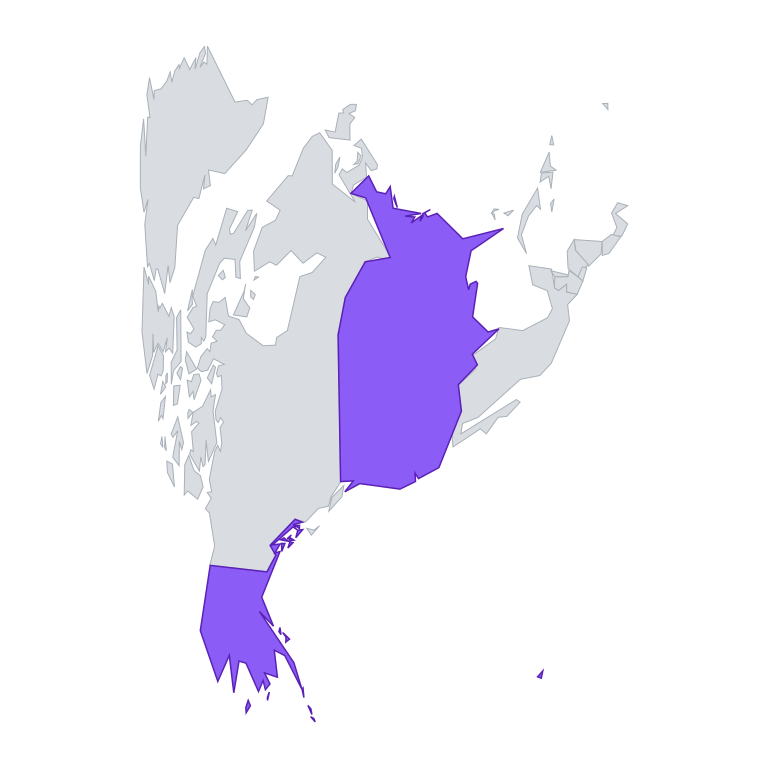 location of United States of America within North America, rotated 270°
{"feature_id": "USA", "entity_name": "United States of America", "entity_type": "country or territory", "adm_level": 0, "iso_a3": "USA", "parent_name": "North America", "parent_adm1": "", "projection": "robinson", "projection_center": [-126.716, 45.186], "detail": "medium", "context": "in_parent", "style": "filled", "palette": "violet", "viewbox_px": 768, "rotation_deg": 270, "n_neighbors": 17, "source": "natural_earth", "source_scale": "50m", "svg_char_len": 9363}
<svg xmlns="http://www.w3.org/2000/svg" viewBox="0 0 768 768"><g transform="rotate(270 384 384)"><path d="M286.1,340.6L271.2,331.1L261.7,328.4L259.6,318.5L246.0,305.5L248.8,295.0L222.7,270.1L212.7,275.8L196.1,266.8L202.7,209.8L222.0,214.7L255.0,209.4L259.3,205.4L269.7,211.2L275.5,207.2L276.2,211.7L288.5,209.3L316.3,214.6L322.6,217.6L316.6,220.5L324.9,221.8L340.6,220.1L345.9,223.6L350.4,220.6L345.4,218.1L348.0,216.1L356.8,215.2L379.1,222.1L392.5,221.3L391.1,217.6L394.8,216.5L402.2,218.6L403.6,224.2L409.3,213.6L397.8,207.6L396.3,201.5L400.1,197.4L411.2,200.8L419.3,207.1L416.3,209.9L424.8,211.1L426.7,217.2L431.1,212.5L437.7,216.3L437.8,220.7L443.4,224.7L448.2,215.3L446.2,208.8L459.4,210.1L466.4,213.1L465.7,219.2L470.6,225.2L451.9,228.5L448.3,239.1L434.6,246.4L422.2,263.2L422.9,275.5L430.4,276.6L437.5,287.4L491.4,299.9L495.5,312.2L510.8,325.9L515.1,316.9L504.8,303.0L517.5,291.0L502.7,276.4L506.2,269.7L496.8,254.4L516.8,253.6L540.7,262.2L547.7,275.4L557.7,280.2L567.0,266.7L592.3,288.2L592.1,292.2L619.7,303.3L631.6,312.3L635.2,319.7L617.6,332.2L584.0,332.3L565.8,355.3L593.3,339.0L599.1,342.3L595.5,346.8L602.9,359.2L611.0,362.5L619.7,361.6L622.5,354.0L628.9,361.3L603.4,377.4L599.1,376.9L597.3,371.2L605.2,365.6L590.7,366.6L583.2,353.6L574.6,351.0L567.1,367.5L548.7,367.5L511.9,390.2L507.6,388.2L511.0,377.3L506.2,365.2L470.5,345.3L453.3,346.4L434.9,338.0L286.1,340.6ZM468.5,253.5L471.1,250.7L477.6,250.7L473.5,255.3L468.5,253.5ZM463.8,192.5L457.1,187.5L478.6,192.4L469.5,192.1L463.8,192.5ZM490.9,258.6L487.9,253.9L491.6,255.4L490.9,258.6ZM401.4,180.4L399.8,182.5L388.3,180.6L394.9,176.9L401.4,180.4ZM395.1,167.4L385.9,167.2L384.3,165.8L392.2,165.9L395.1,167.4ZM373.8,160.5L386.6,162.8L380.8,165.7L373.8,160.5ZM458.1,180.7L406.5,181.1L397.4,173.5L383.6,171.3L405.6,171.2L418.0,177.1L450.5,176.6L458.1,180.7ZM320.2,164.7L331.5,165.0L317.3,166.3L320.2,164.7ZM324.2,160.6L331.6,161.9L320.6,162.9L324.2,160.6ZM638.0,325.2L635.9,335.1L654.9,338.9L655.1,343.8L658.4,342.7L663.6,350.4L663.6,356.4L657.2,355.4L654.5,349.0L650.5,354.8L644.0,349.8L627.9,350.0L630.4,329.1L638.0,325.2ZM453.1,233.4L476.8,244.1L484.2,245.6L469.3,243.3L460.0,249.8L451.1,246.8L453.1,233.4ZM461.6,196.6L472.2,192.8L517.6,205.2L529.6,212.9L522.9,215.7L559.8,226.7L556.3,237.7L539.1,229.5L533.6,230.3L534.7,233.6L557.5,247.7L558.0,252.2L537.2,245.5L554.7,256.8L540.7,254.3L506.5,239.7L489.5,240.4L490.8,235.9L508.6,235.0L509.7,224.2L504.6,219.6L474.2,207.2L431.2,205.8L426.9,203.9L430.4,201.3L424.3,201.3L420.9,195.7L425.8,188.4L436.0,186.9L434.3,190.5L439.1,194.0L450.7,187.2L460.5,193.0L461.6,196.6ZM394.1,189.0L407.9,185.3L416.3,186.6L399.0,196.6L394.1,189.0ZM281.0,174.5L295.5,167.4L306.9,166.8L304.0,172.4L281.0,174.5ZM232.8,311.3L239.7,306.7L237.9,314.1L242.2,319.5L232.8,311.3ZM346.8,158.3L365.5,160.9L371.5,165.4L349.3,163.0L352.6,161.5L346.8,158.3ZM282.6,343.9L271.1,341.8L256.8,328.8L270.5,331.9L282.6,343.9ZM272.9,184.2L303.5,184.8L312.4,188.7L297.3,194.1L292.4,200.4L281.2,203.1L268.8,197.7L277.1,187.6L272.9,184.2ZM333.8,171.1L351.1,177.8L325.4,183.5L318.4,181.8L326.5,179.4L302.3,179.1L310.8,172.7L337.4,177.8L330.6,173.0L333.8,171.1ZM342.6,190.9L355.7,193.2L361.7,202.6L378.3,210.6L371.1,211.1L373.4,215.5L357.2,213.0L325.2,216.8L306.6,208.4L327.8,206.1L303.8,205.1L301.3,203.1L311.1,200.8L296.9,199.4L313.8,189.6L318.3,190.7L316.5,193.3L336.3,191.6L344.9,198.9L346.6,196.6L342.6,190.9ZM376.6,193.0L371.1,189.4L387.9,187.2L386.3,191.4L393.4,193.8L394.1,198.9L387.7,201.0L368.2,194.1L376.6,193.0ZM349.6,188.0L355.1,187.8L358.6,189.1L355.7,192.7L349.6,188.0ZM362.5,173.4L382.1,173.8L382.7,180.2L364.0,177.4L362.5,173.4ZM378.8,154.1L392.8,149.6L422.1,158.1L412.3,163.5L397.2,163.2L392.1,161.1L393.9,157.9L378.8,154.1ZM394.5,147.0L436.1,142.0L500.9,144.0L483.8,148.6L491.9,148.6L476.5,155.8L456.2,158.2L461.9,158.8L459.9,159.8L464.6,162.3L451.6,169.0L460.4,171.2L451.4,174.2L414.8,172.7L419.9,169.1L416.2,165.5L430.1,167.3L416.2,163.1L424.8,158.1L415.5,153.7L434.2,152.9L412.4,152.6L394.5,147.0ZM497.7,223.3L490.5,225.3L488.2,222.4L492.5,218.3L497.7,223.3ZM390.1,207.3L403.0,213.4L400.7,215.5L384.2,211.7L390.1,207.3ZM594.8,334.7L604.0,335.8L610.9,339.9L600.8,337.9L594.8,334.7ZM603.6,353.8L606.6,357.1L615.7,357.8L612.1,361.0L604.3,358.1L603.6,353.8Z" fill="#d9dde1" stroke="#a8b0b8" stroke-width="1"/><path d="M595.0,541.5L595.9,553.0L579.2,551.0L591.8,548.7L586.0,540.1L595.0,541.5Z" fill="#d9dde1" stroke="#a8b0b8" stroke-width="1"/><path d="M597.9,556.1L595.6,540.3L615.9,549.1L601.9,550.4L597.9,556.1Z" fill="#d9dde1" stroke="#a8b0b8" stroke-width="1"/><path d="M548.0,495.2L553.9,492.3L554.3,494.1L548.0,495.2ZM554.1,491.0L559.1,494.1L558.6,499.0L557.1,494.5L554.1,491.0ZM552.2,508.0L554.9,503.9L557.9,513.6L552.2,508.0Z" fill="#d9dde1" stroke="#a8b0b8" stroke-width="1"/><path d="M555.7,144.0L580.4,140.3L621.8,140.4L649.2,143.6L612.1,145.8L650.9,147.7L650.5,150.0L673.0,146.9L690.3,149.5L668.4,154.0L677.4,154.2L679.2,161.1L686.9,166.8L696.1,170.1L685.7,171.9L696.7,174.6L703.4,179.0L699.6,179.4L710.2,184.2L698.5,189.7L710.3,195.9L698.8,195.1L715.1,199.9L721.4,204.4L714.8,205.5L700.7,200.1L705.9,203.9L703.8,206.9L721.9,207.4L665.9,235.0L667.7,247.1L663.2,252.1L668.3,256.9L670.8,268.1L644.2,263.4L618.1,246.2L594.4,224.8L598.0,208.5L582.4,210.4L579.2,203.5L593.1,204.9L569.5,198.9L570.6,193.7L542.8,177.6L500.5,174.8L485.4,170.0L502.5,168.1L474.4,164.7L498.9,157.8L498.9,156.0L487.4,154.3L504.6,149.4L501.3,147.5L543.4,144.8L568.6,148.0L555.7,144.0Z" fill="#d9dde1" stroke="#a8b0b8" stroke-width="1"/><path d="M321.1,453.0L335.0,451.8L356.9,461.3L383.0,458.4L399.0,475.6L412.2,472.1L429.1,495.6L440.5,499.0L437.4,522.7L450.3,547.6L459.4,552.4L477.3,547.3L483.2,532.7L502.3,528.9L498.9,551.6L480.1,554.6L477.5,558.5L483.9,566.7L476.1,566.7L473.7,577.2L463.4,567.6L447.3,569.5L404.8,551.3L392.5,539.9L388.7,520.4L350.5,477.8L344.5,462.5L334.1,460.9L368.4,516.3L365.9,520.1L351.7,506.9L350.7,498.1L334.1,486.3L339.2,480.4L321.1,453.0Z" fill="#d9dde1" stroke="#a8b0b8" stroke-width="1"/><path d="M565.3,617.7L562.3,627.7L554.5,615.5L544.1,627.7L532.0,621.9L531.2,612.2L540.4,616.9L555.0,611.6L565.3,617.7Z" fill="#d9dde1" stroke="#a8b0b8" stroke-width="1"/><path d="M533.6,611.6L531.2,620.8L514.6,609.0L512.6,602.4L526.5,602.1L533.6,611.6Z" fill="#d9dde1" stroke="#a8b0b8" stroke-width="1"/><path d="M526.5,602.1L514.0,601.1L501.7,588.5L517.7,575.5L528.4,574.1L526.5,602.1Z" fill="#d9dde1" stroke="#a8b0b8" stroke-width="1"/><path d="M528.4,574.1L517.7,575.5L503.8,588.0L491.1,578.0L499.4,568.1L516.9,567.2L528.4,574.1Z" fill="#d9dde1" stroke="#a8b0b8" stroke-width="1"/><path d="M491.1,578.0L501.1,582.4L500.2,586.8L486.8,582.8L491.1,578.0Z" fill="#d9dde1" stroke="#a8b0b8" stroke-width="1"/><path d="M473.7,577.2L476.1,566.7L483.9,566.7L477.5,558.5L480.1,554.6L491.2,554.7L491.4,567.9L497.5,569.0L491.1,578.0L486.8,582.8L473.7,577.2Z" fill="#d9dde1" stroke="#a8b0b8" stroke-width="1"/><path d="M491.2,554.7L497.2,550.9L493.2,567.9L491.4,567.9L491.2,554.7Z" fill="#d9dde1" stroke="#a8b0b8" stroke-width="1"/><path d="M623.3,549.8L632.5,551.8L623.1,553.7L623.3,549.8Z" fill="#d9dde1" stroke="#a8b0b8" stroke-width="1"/><path d="M556.0,551.8L564.5,550.6L569.0,554.1L556.0,551.8Z" fill="#d9dde1" stroke="#a8b0b8" stroke-width="1"/><path d="M530.0,517.5L553.7,522.2L579.9,537.6L558.7,540.5L562.4,536.7L552.0,528.5L533.1,521.4L514.5,526.5L530.0,517.5Z" fill="#d9dde1" stroke="#a8b0b8" stroke-width="1"/><path d="M658.4,607.9L664.5,602.7L664.6,607.8L658.4,607.9Z" fill="#d9dde1" stroke="#a8b0b8" stroke-width="1"/><path d="M510.5,390.2L570.1,365.7L574.6,350.9L592.1,368.7L576.2,376.6L574.2,385.7L581.4,390.2L559.8,393.1L554.5,421.2L551.8,405.0L551.0,414.8L545.1,411.3L552.6,421.9L552.0,422.3L550.4,420.8L546.8,420.0L551.7,423.0L554.4,422.9L558.5,430.4L555.1,424.6L551.1,427.6L554.6,437.1L529.2,462.8L539.5,503.5L517.3,471.1L491.4,465.7L478.2,468.6L483.8,470.2L486.6,476.0L484.6,477.6L451.1,472.6L436.0,488.1L439.2,499.0L413.8,472.3L403.1,477.4L383.3,458.3L356.8,461.4L300.4,438.9L289.4,418.5L294.9,415.0L286.5,415.5L278.9,399.9L284.4,359.8L276.2,344.8L287.1,353.3L286.4,340.6L433.1,338.1L470.5,345.3L506.2,365.2L510.5,390.2ZM248.7,295.1L245.8,302.4L243.7,293.9L239.9,295.2L238.1,297.2L241.1,293.1L223.1,272.5L224.0,280.0L215.0,274.9L216.5,280.0L170.8,261.7L141.8,273.5L156.5,259.4L105.3,293.9L78.8,301.9L112.4,284.8L117.8,274.3L90.8,277.4L95.1,264.5L84.1,270.0L78.3,265.4L87.5,263.1L76.5,258.5L104.8,246.0L106.9,239.0L75.2,233.8L112.6,229.3L86.6,217.8L137.4,200.3L202.6,210.2L196.1,266.9L212.7,275.8L222.7,270.1L248.7,295.1ZM135.5,282.7L128.9,289.5L125.9,285.8L130.9,286.0L135.5,282.7ZM230.3,295.8L237.8,297.8L238.4,302.7L230.3,295.8ZM97.1,542.8L89.8,541.3L91.2,537.6L97.1,542.8ZM55.3,246.2L60.3,245.8L67.6,248.2L62.3,250.4L55.3,246.2ZM216.6,281.8L224.6,281.5L224.5,284.9L216.6,281.8ZM70.5,267.4L76.0,269.3L67.6,267.5L70.5,267.4ZM220.0,287.9L225.8,289.8L225.3,293.0L220.0,287.9ZM226.9,287.6L228.2,280.7L230.1,284.0L226.9,287.6ZM70.4,303.9L78.6,302.1L79.9,303.0L70.4,303.9ZM242.5,294.7L242.7,299.5L239.6,299.4L242.5,294.7ZM569.4,393.8L571.6,394.4L560.4,397.3L569.4,393.8ZM229.7,287.6L233.0,291.4L229.1,287.9L229.7,287.6ZM53.5,311.9L62.6,307.9L59.1,310.9L53.5,311.9ZM136.4,278.9L140.5,280.0L133.4,281.0L136.4,278.9ZM227.1,289.0L230.2,290.2L227.8,293.9L227.1,289.0ZM51.3,310.7L49.5,313.8L46.1,315.2L51.3,310.7Z" fill="#8b5cf6" stroke="#5b21b6" stroke-width="1.5"/></g></svg>